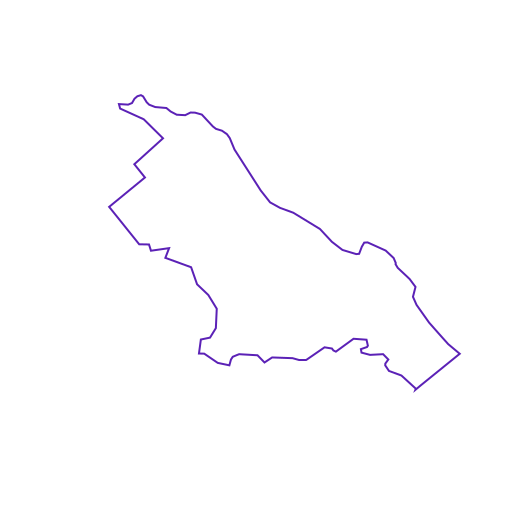 San Mateo, California, United States of America (Equal Earth projection), rotated 141°
{"feature_id": "52423323B75131784459442", "entity_name": "San Mateo", "entity_type": "district", "adm_level": 2, "iso_a3": "USA", "parent_name": "United States of America", "parent_adm1": "California", "projection": "equal_earth", "projection_center": [-122.339, 37.408], "detail": "fine", "context": "isolated", "style": "outline", "palette": "violet", "viewbox_px": 512, "rotation_deg": 141, "n_neighbors": 0, "source": "geoboundaries", "source_scale": "gbopen_adm2", "svg_char_len": 1400}
<svg xmlns="http://www.w3.org/2000/svg" viewBox="0 0 512 512"><g transform="rotate(141 256 256)"><path d="M339.4,338.6L331.9,332.3L334.3,326.2L318.6,316.8L327.6,311.6L313.5,288.1L319.6,271.1L317.6,255.7L319.7,239.7L332.6,225.2L343.1,221.5L351.4,225.8L361.7,216.1L357.7,212.7L353.0,197.0L345.5,187.8L340.6,191.3L337.5,192.3L333.4,191.1L330.9,190.3L317.3,177.9L316.4,167.9L307.3,167.0L291.9,153.6L288.0,148.1L282.4,143.6L260.2,141.9L255.2,136.3L255.3,133.9L254.1,131.4L232.3,130.3L222.8,121.4L225.5,115.9L227.0,115.4L233.1,117.6L234.8,114.5L229.6,107.4L219.0,99.7L218.3,92.3L223.2,91.0L224.4,89.7L225.0,83.0L218.2,71.6L215.3,52.3L216.3,51.7L209.1,51.8L201.5,51.8L159.2,51.8L162.1,66.6L162.8,81.0L163.4,95.3L162.0,117.0L159.7,125.5L151.5,131.6L151.1,141.4L153.3,157.6L152.7,161.8L151.8,162.6L150.3,167.8L151.8,178.6L160.7,196.3L163.5,198.3L167.1,196.9L167.6,196.8L174.5,192.8L176.9,194.4L185.0,206.3L188.1,219.3L189.3,236.7L199.8,266.2L207.0,278.2L211.3,288.8L211.1,303.9L209.3,320.0L205.7,352.3L202.2,364.1L201.9,368.9L203.6,374.8L207.1,380.0L208.0,383.9L209.1,400.0L213.2,405.8L216.6,408.7L222.4,410.0L228.7,415.7L231.4,422.0L232.5,427.4L240.6,435.2L243.8,440.8L244.2,444.3L243.3,451.1L244.2,453.4L247.6,454.8L251.4,454.7L256.1,452.9L260.1,454.1L266.9,460.3L268.8,456.1L257.2,432.9L254.2,406.0L292.8,403.9L292.9,386.9L339.2,386.6L339.4,338.6Z" fill="none" stroke="#5b21b6" stroke-width="2"/></g></svg>